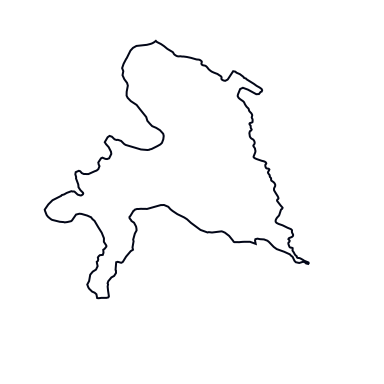 the district of Pueblo Nuevo Viñas, Santa Rosa, Guatemala, rotated 109°
{"feature_id": "79465075B34201935898883", "entity_name": "Pueblo Nuevo Viñas", "entity_type": "district", "adm_level": 2, "iso_a3": "GTM", "parent_name": "Guatemala", "parent_adm1": "Santa Rosa", "projection": "equal_earth", "projection_center": [-90.498, 14.233], "detail": "fine", "context": "isolated", "style": "outline", "palette": "ink", "viewbox_px": 384, "rotation_deg": 109, "n_neighbors": 0, "source": "geoboundaries", "source_scale": "gbopen_adm2", "svg_char_len": 5995}
<svg xmlns="http://www.w3.org/2000/svg" viewBox="0 0 384 384"><g transform="rotate(109 192 192)"><path d="M161.8,115.6L159.3,115.3L158.2,115.6L157.5,116.1L156.9,116.8L156.5,117.3L156.1,118.2L155.4,120.6L154.9,121.1L153.5,121.6L153.0,122.0L152.5,123.1L151.7,123.7L151.2,123.8L150.7,124.1L150.3,124.9L149.3,126.2L148.6,126.6L147.7,126.5L146.4,126.2L145.5,126.2L145.1,126.9L145.1,127.7L145.3,128.3L145.4,129.1L145.1,129.9L144.4,130.6L143.4,131.2L142.8,131.4L142.1,131.5L141.3,131.1L140.7,131.1L140.0,131.8L139.6,133.1L139.6,134.3L139.8,136.2L139.8,141.8L139.6,143.6L139.2,144.8L138.8,145.2L138.2,145.3L134.0,145.1L133.4,145.2L132.7,145.3L132.0,145.7L131.2,146.2L130.5,146.5L129.7,147.4L128.8,148.7L128.2,149.1L127.4,149.0L127.0,148.8L126.0,148.6L125.3,148.7L124.5,149.0L123.4,149.9L122.7,150.8L122.4,151.5L122.2,152.8L121.9,153.8L121.2,154.8L120.6,155.4L117.7,156.9L116.6,157.0L115.7,157.0L115.1,156.6L114.6,156.1L113.6,155.9L113.1,156.3L112.7,156.9L111.9,157.5L110.3,158.1L109.3,159.6L108.5,159.9L108.0,159.7L106.9,158.1L106.3,157.6L105.5,157.7L104.0,158.2L103.3,158.6L102.8,159.2L102.1,159.8L100.0,160.0L99.4,160.3L98.7,161.0L98.2,161.6L97.2,163.6L96.6,164.4L96.1,164.8L95.2,165.3L94.6,166.0L93.7,168.0L92.7,169.4L91.7,170.6L90.5,171.7L90.0,172.3L89.6,173.1L89.4,173.8L88.5,176.9L87.9,178.4L87.0,179.5L86.6,179.9L86.2,180.1L84.7,180.3L79.0,180.0L76.9,177.8L77.0,172.5L78.6,163.1L77.6,160.6L75.1,159.7L74.3,158.8L72.9,158.8L71.9,159.8L71.2,162.1L70.6,165.5L69.6,168.7L67.7,177.0L67.2,177.8L67.1,180.2L66.4,180.8L65.0,185.1L64.7,188.9L64.1,190.1L64.4,192.4L73.8,194.8L74.3,195.1L76.0,196.7L76.2,197.5L76.3,198.6L76.1,200.0L75.7,200.8L75.2,201.1L73.9,201.4L73.5,201.8L73.1,202.5L72.5,205.1L72.1,206.3L72.1,207.5L72.0,210.1L71.8,212.3L71.4,213.9L70.5,216.2L69.5,217.7L68.9,218.7L68.4,219.9L68.3,220.9L68.5,222.1L68.6,223.3L68.3,224.3L67.6,224.9L66.5,225.0L65.7,225.1L65.2,225.6L64.9,226.4L64.6,227.5L64.6,228.5L65.2,230.9L65.5,236.7L66.0,240.8L66.6,243.8L67.1,245.3L67.5,247.4L68.1,248.6L68.3,249.5L68.4,250.3L68.3,251.3L68.1,252.2L67.8,253.3L67.2,254.3L66.4,255.1L66.0,255.7L64.7,261.9L63.2,265.9L62.4,268.8L62.2,269.6L61.8,272.6L61.5,274.3L60.9,275.4L62.5,276.4L63.8,277.5L64.7,278.4L65.6,279.6L67.5,282.5L72.0,292.1L74.9,294.7L78.3,296.2L86.7,297.3L87.7,297.6L93.0,298.4L97.6,298.4L100.1,296.3L104.2,295.7L107.4,292.7L110.0,288.9L112.3,287.3L118.5,286.4L122.2,285.2L123.9,283.5L126.0,279.4L127.7,272.7L130.4,268.6L136.0,259.7L139.2,257.4L141.2,254.0L142.7,251.1L143.0,246.8L144.0,242.4L146.3,238.2L148.2,237.0L151.5,236.3L155.3,236.4L157.3,237.4L159.8,239.6L164.5,244.2L165.5,245.8L166.0,246.2L166.8,247.8L168.4,254.1L169.1,270.2L168.6,272.0L166.8,275.6L166.8,279.1L167.4,280.3L167.4,282.4L165.8,285.7L165.8,288.2L167.7,289.6L173.3,290.7L174.8,288.8L176.7,285.4L180.3,281.7L182.3,280.7L187.1,281.3L188.5,283.0L188.9,284.7L188.7,287.9L189.8,289.0L194.6,290.2L196.5,289.1L197.1,288.4L197.7,287.9L200.9,288.0L202.8,289.2L204.1,290.8L208.8,295.8L210.2,300.2L210.0,302.4L208.8,304.4L208.8,305.9L211.1,308.4L213.2,308.1L215.6,306.4L216.9,306.1L221.9,302.0L224.5,300.8L226.6,298.1L228.2,294.8L228.7,294.4L229.7,294.4L230.6,295.0L231.2,295.5L231.6,296.4L231.7,299.2L230.0,303.0L229.9,303.7L230.4,305.0L230.5,306.3L233.7,310.2L235.9,312.1L237.4,314.2L238.2,314.4L245.2,321.2L250.5,323.8L256.6,325.5L257.6,324.9L260.1,322.8L261.2,321.8L262.3,320.1L263.2,317.8L263.7,316.3L263.9,315.2L263.2,307.3L262.2,303.4L262.2,302.5L261.0,300.1L259.0,296.9L258.5,296.5L257.9,296.2L251.1,294.3L249.2,291.4L248.7,289.3L248.4,283.3L248.8,279.0L249.6,278.1L250.5,276.2L251.0,274.8L255.7,269.3L259.9,264.1L264.4,260.2L267.8,259.1L270.5,255.6L271.5,255.2L274.1,256.1L275.5,257.1L278.3,255.9L280.5,255.9L281.7,258.5L282.9,259.2L284.5,259.7L286.3,258.7L287.9,258.6L289.0,259.3L290.2,258.7L292.8,257.1L296.6,257.5L299.6,259.9L303.3,261.3L309.7,260.3L313.6,260.9L315.9,259.0L316.9,257.8L318.7,254.0L318.9,251.3L319.8,249.1L323.1,247.2L323.0,246.2L322.2,244.4L321.6,243.2L320.9,241.2L320.0,238.5L318.9,236.8L317.7,236.6L312.5,239.3L308.8,241.0L306.6,241.3L305.8,242.1L303.6,242.1L299.0,240.4L296.7,238.3L293.3,237.5L290.9,238.4L290.6,238.9L283.1,240.8L282.2,239.5L282.0,236.2L281.8,235.6L280.5,234.6L274.6,233.3L267.9,230.7L265.8,229.0L263.8,230.2L257.6,231.2L256.2,232.1L249.9,232.5L246.4,231.9L244.9,232.5L242.9,233.6L239.9,236.8L239.1,239.8L238.4,240.5L237.2,242.4L236.1,243.0L234.4,242.4L228.8,241.2L228.3,240.6L227.3,240.3L225.9,238.4L225.6,237.3L224.6,235.0L224.2,233.8L222.6,228.9L214.5,217.2L213.4,214.2L213.7,209.6L215.3,206.8L216.2,204.3L217.7,198.6L218.6,191.1L219.4,187.8L221.5,183.0L225.1,171.6L225.2,164.1L224.5,163.1L223.8,159.9L219.6,151.3L219.5,150.3L219.7,147.7L221.4,142.6L224.8,137.2L225.5,136.4L225.6,135.5L224.5,132.5L224.2,131.3L223.0,128.7L222.2,126.7L220.2,120.9L220.3,114.9L217.4,116.6L216.0,116.7L214.8,114.9L214.5,112.5L213.4,108.5L213.5,104.8L214.2,102.9L217.3,96.9L218.4,93.3L218.5,85.4L219.1,79.1L219.8,78.0L220.6,75.7L223.7,72.7L224.6,71.0L224.2,67.5L221.7,64.1L221.8,62.0L222.4,60.9L222.2,58.7L221.2,58.5L220.7,59.0L220.6,61.1L220.5,62.7L220.4,63.8L220.1,64.8L219.6,67.4L219.5,68.3L219.5,69.0L219.8,70.1L219.9,70.9L219.5,71.6L218.7,72.0L218.1,73.6L217.5,74.5L215.9,76.2L215.1,77.3L214.6,77.9L213.5,78.2L213.0,78.3L212.3,78.6L212.2,79.6L212.5,80.7L212.4,81.6L211.9,82.2L210.2,83.6L209.6,84.0L208.8,84.3L208.2,84.2L207.6,83.8L206.8,83.7L206.1,83.9L205.2,85.5L204.3,85.4L203.7,84.9L202.7,83.7L201.7,82.7L200.9,82.3L200.0,82.3L199.3,82.6L198.2,83.8L197.5,84.4L197.1,84.6L196.2,84.8L195.6,85.0L195.3,85.5L194.9,86.4L194.7,90.0L194.2,93.9L194.0,95.6L194.0,99.9L193.8,101.0L193.7,101.9L193.4,102.5L192.9,103.2L192.4,103.4L191.8,103.6L191.0,103.7L190.3,103.6L189.6,103.5L188.5,103.2L186.7,102.4L186.0,102.1L185.2,102.0L180.0,102.1L179.3,101.9L178.7,101.4L178.1,101.2L177.3,101.3L175.9,103.8L172.8,108.5L172.1,108.9L171.3,108.8L170.8,108.4L170.3,108.2L169.8,108.2L168.9,108.8L168.0,109.7L166.1,112.1L164.0,114.6L163.6,115.0L162.6,115.4L161.8,115.6Z" fill="none" stroke="#020617" stroke-width="2"/></g></svg>